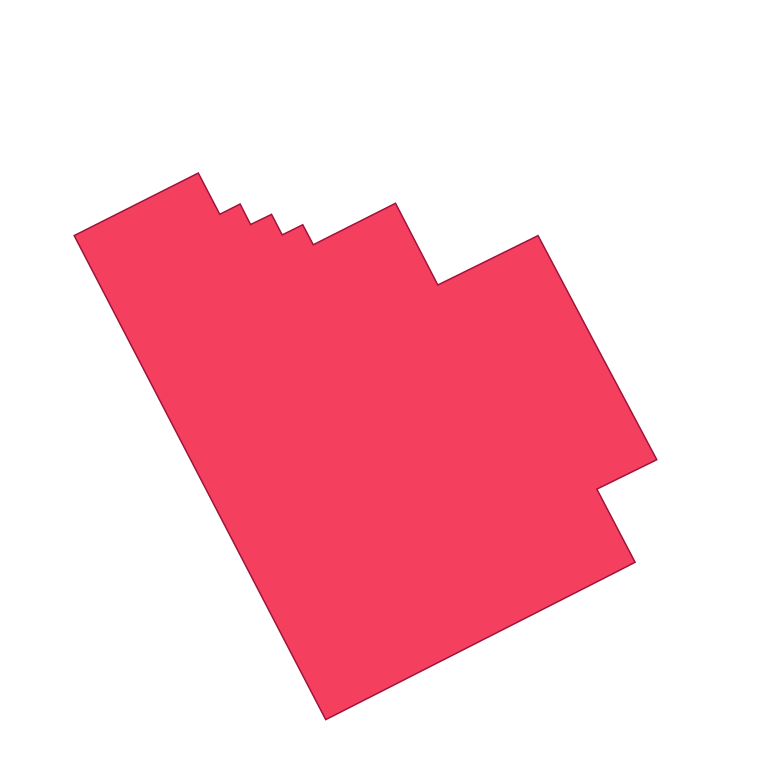 Moultrie, Illinois, United States of America, rotated 153°
{"feature_id": "52423323B43589710426261", "entity_name": "Moultrie", "entity_type": "district", "adm_level": 2, "iso_a3": "USA", "parent_name": "United States of America", "parent_adm1": "Illinois", "projection": "orthographic", "projection_center": [-88.66, 39.62], "detail": "fine", "context": "isolated", "style": "filled", "palette": "rose", "viewbox_px": 768, "rotation_deg": 153, "n_neighbors": 0, "source": "geoboundaries", "source_scale": "gbopen_adm2", "svg_char_len": 411}
<svg xmlns="http://www.w3.org/2000/svg" viewBox="0 0 768 768"><g transform="rotate(153 384 384)"><path d="M257.0,111.1L241.2,111.2L242.1,193.7L175.3,192.7L177.7,330.8L179.4,446.3L291.1,447.8L291.7,539.8L383.8,540.2L384.1,562.8L407.0,563.1L407.2,586.2L430.5,586.7L430.5,609.7L453.3,609.8L453.7,656.3L592.7,656.9L590.1,333.3L588.3,111.4L257.0,111.1Z" fill="#f43f5e" stroke="#9f1239" stroke-width="1.5"/></g></svg>